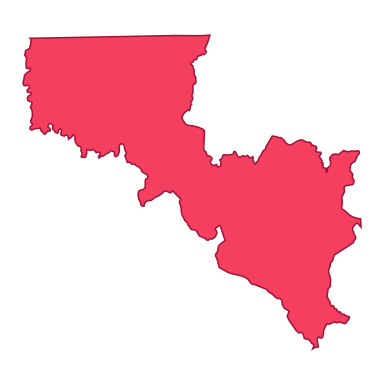 outline of Ferreira Gomes, Amapá, Brazil
{"feature_id": "56859067B20573807328937", "entity_name": "Ferreira Gomes", "entity_type": "district", "adm_level": 2, "iso_a3": "BRA", "parent_name": "Brazil", "parent_adm1": "Amapá", "projection": "natural_earth1", "projection_center": [-51.388, 0.875], "detail": "fine", "context": "isolated", "style": "filled", "palette": "rose", "viewbox_px": 384, "rotation_deg": 0, "n_neighbors": 0, "source": "geoboundaries", "source_scale": "gbopen_adm2", "svg_char_len": 5938}
<svg xmlns="http://www.w3.org/2000/svg" viewBox="0 0 384 384"><path d="M81.1,156.8L82.6,157.5L85.5,157.2L86.7,153.3L86.7,150.6L87.1,149.7L91.0,150.5L91.9,149.8L93.1,149.6L94.6,150.7L96.2,152.7L98.7,152.0L100.0,152.7L100.2,154.0L98.8,155.8L98.5,157.1L99.1,158.1L101.0,156.4L103.1,156.1L104.0,155.6L104.6,154.8L109.5,152.2L111.0,150.5L114.0,152.0L114.7,153.1L114.3,154.5L114.6,155.8L115.5,156.6L116.4,156.5L117.6,155.8L118.9,153.0L119.4,150.1L119.3,146.2L119.8,144.8L120.6,143.9L122.9,144.1L123.9,144.9L124.9,149.8L126.3,153.1L126.1,154.3L124.8,155.4L127.2,162.2L128.3,162.5L129.5,162.1L131.8,164.2L134.2,164.1L135.3,164.7L136.1,165.6L139.2,167.3L141.2,169.5L141.9,171.8L147.3,174.9L147.9,177.0L147.6,178.0L145.6,179.1L145.2,180.8L145.2,187.0L144.7,188.1L143.5,189.3L139.8,190.4L138.8,191.1L138.4,192.0L138.0,194.6L138.9,199.5L140.4,202.4L141.1,205.4L142.8,206.2L144.1,206.1L144.2,204.6L145.7,201.7L148.5,200.6L151.1,200.5L155.2,197.4L158.6,195.9L162.3,193.3L164.1,191.3L164.9,191.0L167.6,191.6L169.8,192.7L171.2,192.5L172.7,190.9L180.8,199.2L179.6,201.1L179.4,202.6L180.3,204.7L181.1,208.4L181.4,212.3L182.3,215.5L185.0,220.8L186.9,222.2L187.7,224.4L191.0,229.3L195.7,230.3L196.7,231.4L199.3,235.9L205.2,238.5L207.0,240.1L207.9,240.4L210.3,238.8L212.2,239.1L215.4,236.8L217.0,232.6L216.3,230.5L215.5,229.5L215.3,228.2L217.8,226.8L218.7,225.6L220.1,225.4L225.0,240.4L219.1,245.1L218.5,246.4L217.3,252.0L215.6,254.2L215.5,255.9L216.9,258.7L219.3,267.6L227.4,272.1L230.6,273.4L242.2,276.1L245.4,277.6L247.8,279.0L251.0,283.3L252.1,284.1L254.2,284.4L265.9,289.1L267.0,289.7L268.3,291.7L272.6,294.4L275.4,297.3L277.6,298.5L279.7,298.5L280.8,299.1L281.9,300.5L282.2,304.3L284.1,308.0L288.1,310.4L288.9,311.4L287.2,316.4L289.5,321.0L296.4,330.9L298.8,332.9L301.2,332.6L302.0,332.8L303.3,334.4L304.2,338.3L306.4,339.2L308.7,339.6L310.1,340.9L311.8,343.4L313.5,344.5L313.9,345.6L312.6,348.9L315.6,347.0L317.8,347.5L318.4,345.8L317.9,344.5L317.1,338.5L318.8,336.8L320.0,338.1L322.5,337.6L323.5,333.4L323.7,330.0L326.9,323.8L328.8,324.3L334.9,321.8L336.3,322.9L339.4,322.0L344.7,323.7L345.7,323.2L349.0,318.9L349.5,317.3L349.0,316.5L348.1,316.7L346.7,315.7L344.8,315.4L344.3,314.3L341.8,314.3L340.2,311.8L339.3,312.3L338.3,312.0L337.9,311.0L336.8,310.6L336.7,309.2L334.9,308.9L333.5,306.0L332.6,305.5L331.8,305.9L330.9,305.6L329.7,301.3L329.0,300.1L327.9,299.2L328.1,298.1L327.2,297.5L327.1,296.4L327.9,290.0L328.3,288.6L330.2,286.5L330.7,279.9L329.4,274.3L328.4,272.1L329.2,268.0L330.3,266.0L330.3,263.4L332.7,260.5L333.4,257.4L334.6,254.9L353.4,242.7L353.9,241.0L355.4,239.0L355.8,237.6L355.3,236.1L353.9,234.3L353.7,232.1L352.6,229.7L352.5,228.2L353.2,226.8L355.6,223.9L357.4,223.1L361.0,227.2L360.6,218.8L359.0,218.8L352.3,216.8L349.5,214.9L344.6,210.5L342.5,209.3L341.6,207.9L342.3,203.0L341.8,197.1L344.6,191.5L344.1,188.1L344.5,187.0L345.5,186.0L346.6,185.6L352.7,184.6L353.6,183.4L354.1,180.7L352.2,177.2L352.8,174.3L350.3,171.0L349.9,168.8L351.0,164.4L352.2,163.0L355.0,161.4L357.5,155.6L359.1,153.8L359.4,152.7L359.1,151.2L357.7,150.7L354.8,151.2L351.8,151.0L347.6,151.8L343.5,150.5L338.6,154.5L334.6,154.0L332.4,154.7L329.8,157.7L329.6,159.0L330.6,162.1L330.6,164.6L329.6,166.2L327.8,167.7L326.9,172.1L326.0,171.4L326.1,168.3L323.3,167.7L323.2,166.4L322.4,165.1L323.2,164.3L322.8,163.0L321.5,162.5L322.1,160.8L319.2,156.5L321.3,153.4L320.5,152.2L317.7,152.2L315.9,151.4L316.0,149.6L316.9,148.3L316.3,146.6L313.0,145.2L311.7,145.5L311.7,144.4L310.3,142.4L309.5,142.0L308.4,142.4L305.8,141.8L302.8,140.1L300.3,139.9L296.0,141.6L293.4,143.6L289.9,145.0L288.7,144.8L285.8,142.9L284.5,140.7L281.1,137.6L279.7,137.7L274.8,136.3L272.2,136.1L265.9,146.9L265.4,149.4L263.4,150.6L262.7,151.6L260.7,155.5L259.2,157.5L258.0,160.8L256.8,161.8L255.8,163.8L254.6,164.1L254.4,162.4L252.7,160.2L253.3,157.9L252.8,156.7L250.4,158.0L249.4,157.6L248.1,155.8L247.2,155.4L245.0,156.5L243.7,155.8L242.5,155.8L241.2,156.8L238.7,157.0L237.8,156.5L235.5,151.8L234.0,151.5L232.8,154.3L227.3,155.1L224.1,154.6L222.7,155.6L222.0,158.4L219.8,159.8L220.9,162.6L220.8,165.4L220.3,166.3L217.8,167.0L216.5,164.4L213.3,165.5L212.0,165.0L210.5,162.7L210.5,161.5L211.0,160.4L211.9,159.6L212.0,158.6L211.6,157.5L209.1,155.8L207.7,155.9L206.3,153.8L206.3,152.4L203.9,150.1L203.7,148.7L204.5,130.8L202.7,129.1L198.3,127.2L193.7,126.0L187.2,125.1L185.3,123.8L181.8,118.1L183.0,114.9L184.6,112.6L188.3,109.8L189.5,110.5L190.0,109.4L190.6,105.4L191.6,104.4L190.7,103.2L190.7,102.1L191.9,101.0L192.8,98.5L192.6,97.3L192.0,96.6L192.0,95.3L193.0,92.5L192.9,85.1L193.5,84.2L194.4,84.2L195.4,83.5L196.0,82.0L195.7,77.2L195.4,76.2L194.5,75.9L194.1,74.0L194.1,69.7L192.9,67.7L193.0,66.0L190.7,64.1L190.9,62.9L193.5,61.8L194.1,60.0L195.1,59.5L196.0,59.8L197.3,57.9L197.5,56.3L200.8,55.4L201.9,54.6L204.3,54.5L206.0,52.6L206.4,51.6L204.9,49.5L205.2,48.0L207.5,42.9L209.9,35.1L200.8,35.7L176.1,35.5L30.0,38.3L30.9,39.2L31.2,40.7L30.7,41.6L30.9,43.8L30.1,45.9L29.7,48.4L25.7,50.5L25.3,51.7L25.5,52.7L24.6,54.9L26.6,58.1L26.0,62.9L26.3,68.1L28.2,68.8L29.2,68.0L30.1,68.5L30.5,69.4L30.1,70.6L27.7,72.2L24.6,75.2L23.0,83.5L24.1,85.7L25.5,85.7L26.5,85.0L28.8,86.0L29.5,87.9L27.1,90.0L27.1,91.2L27.9,92.5L31.3,92.7L31.6,94.0L28.2,96.3L27.3,97.8L27.8,100.5L31.7,102.2L32.0,103.6L30.6,106.6L30.6,108.1L31.5,109.2L32.3,111.4L32.3,116.7L30.7,120.8L30.7,122.0L31.2,122.9L32.3,123.6L32.2,124.9L30.0,127.5L30.0,128.9L30.7,129.6L32.0,130.1L33.6,129.1L40.2,128.0L41.3,131.3L42.4,132.0L44.2,134.2L45.3,134.0L47.7,131.1L49.1,131.4L50.1,130.9L50.4,129.8L49.9,128.6L48.0,126.9L48.1,125.5L48.8,124.1L50.0,123.6L51.3,123.8L53.1,125.2L52.5,128.6L55.5,132.5L57.5,133.2L58.2,132.6L58.8,130.1L59.4,129.2L60.4,129.0L61.3,129.6L61.4,131.1L60.7,134.4L61.6,135.4L64.2,136.1L65.5,135.2L66.9,135.1L67.9,136.0L68.5,139.2L71.6,137.1L73.0,135.0L74.2,135.1L75.3,137.5L74.8,139.1L75.3,142.0L77.7,145.6L80.3,146.6L81.2,147.5L80.9,150.7L82.1,153.3L82.0,154.7L81.1,156.8Z" fill="#f43f5e" stroke="#9f1239" stroke-width="1.5"/></svg>